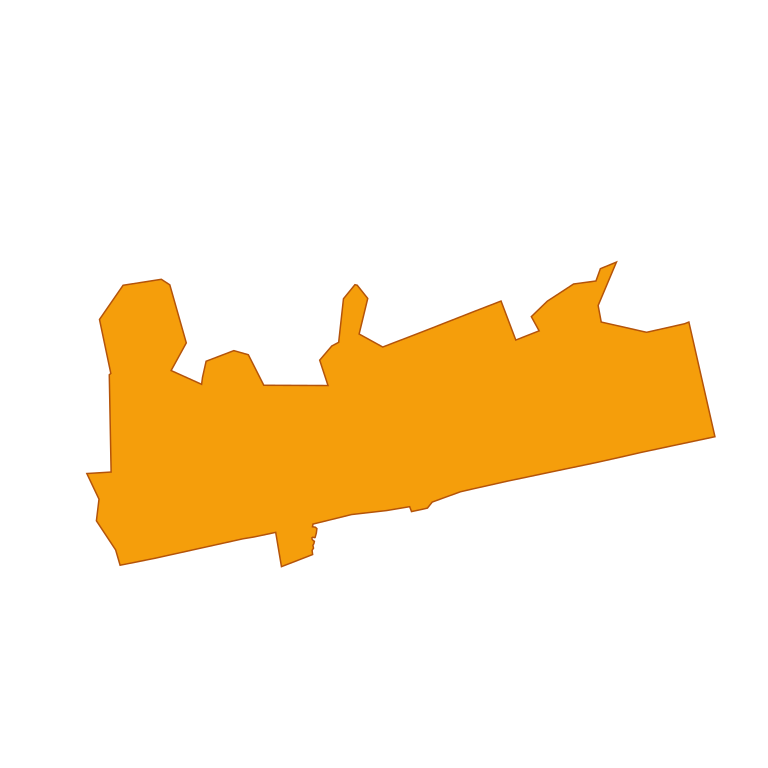 the district of Hampden, Massachusetts, United States of America, rotated 347°
{"feature_id": "52423323B82042063785598", "entity_name": "Hampden", "entity_type": "district", "adm_level": 2, "iso_a3": "USA", "parent_name": "United States of America", "parent_adm1": "Massachusetts", "projection": "mercator", "projection_center": [-72.662, 42.171], "detail": "fine", "context": "isolated", "style": "filled", "palette": "amber", "viewbox_px": 768, "rotation_deg": 347, "n_neighbors": 0, "source": "geoboundaries", "source_scale": "gbopen_adm2", "svg_char_len": 1292}
<svg xmlns="http://www.w3.org/2000/svg" viewBox="0 0 768 768"><g transform="rotate(347 384 384)"><path d="M86.1,501.2L115.6,502.1L121.7,502.3L135.4,502.4L211.8,503.1L222.8,503.8L245.1,504.2L243.0,538.9L270.8,534.9L276.1,534.1L276.5,529.9L278.4,528.1L278.4,525.3L279.8,523.7L280.8,521.6L279.7,520.5L279.0,519.1L279.2,517.6L280.2,517.3L281.8,518.1L282.3,518.1L284.5,514.1L286.1,509.8L284.9,508.1L282.2,507.0L283.3,504.5L323.1,503.9L358.1,507.9L381.4,509.3L382.1,514.3L382.1,514.5L393.2,514.7L398.4,514.7L404.4,509.9L417.9,508.2L434.3,506.2L446.9,506.2L481.7,506.4L521.0,507.2L541.2,507.6L574.3,508.3L605.1,508.5L619.1,508.5L648.6,509.0L694.6,509.8L695.0,392.2L690.5,392.9L651.5,392.7L609.6,372.5L610.3,355.7L637.9,317.5L620.8,320.3L613.7,331.3L591.2,329.2L563.2,339.5L561.8,340.0L542.7,351.5L547.1,367.1L522.3,370.8L516.7,329.5L488.1,333.6L436.9,341.2L422.3,343.3L405.1,345.7L391.1,347.7L371.0,329.7L387.4,297.0L380.1,281.7L378.0,280.7L363.7,291.8L349.2,333.2L341.7,335.2L326.7,346.3L329.1,372.9L266.6,358.2L258.4,325.0L245.2,317.7L215.8,321.8L208.6,336.8L206.2,343.3L179.6,323.0L200.6,299.5L197.6,239.2L190.6,231.9L152.0,229.1L121.3,257.1L120.2,312.3L118.4,313.2L98.3,408.4L74.3,404.4L80.4,432.1L73.0,452.6L85.2,485.3L86.1,501.2Z" fill="#f59e0b" stroke="#b45309" stroke-width="1.5"/></g></svg>